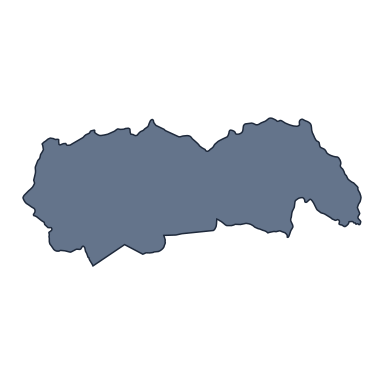 outline of Nuevo Celilac, Santa Bárbara, Honduras
{"feature_id": "27666195B84873430448704", "entity_name": "Nuevo Celilac", "entity_type": "district", "adm_level": 2, "iso_a3": "HND", "parent_name": "Honduras", "parent_adm1": "Santa Bárbara", "projection": "mercator", "projection_center": [-88.362, 14.974], "detail": "fine", "context": "isolated", "style": "filled", "palette": "slate", "viewbox_px": 384, "rotation_deg": 0, "n_neighbors": 0, "source": "geoboundaries", "source_scale": "gbopen_adm2", "svg_char_len": 5975}
<svg xmlns="http://www.w3.org/2000/svg" viewBox="0 0 384 384"><path d="M357.9,187.4L356.9,186.2L353.6,182.9L352.4,182.4L351.0,181.5L348.9,179.9L347.8,178.8L346.3,175.6L345.3,174.7L344.7,173.7L344.0,171.6L343.0,169.6L342.5,168.9L341.2,167.7L340.5,166.7L340.3,165.5L340.8,163.8L340.8,162.8L340.7,162.0L340.1,160.2L338.6,157.8L337.9,157.3L337.3,157.0L335.3,156.8L333.2,156.3L330.7,155.4L329.0,154.6L327.7,153.7L326.8,152.9L325.7,150.8L324.7,149.5L323.6,148.8L321.1,147.7L320.3,147.1L319.8,146.1L319.1,142.6L318.4,141.8L316.7,140.9L315.9,140.0L314.7,137.9L313.3,134.6L312.4,132.8L311.7,130.2L311.5,127.8L311.2,125.6L310.9,124.8L310.7,124.2L309.7,123.0L308.4,122.1L307.3,121.5L305.2,120.7L302.6,119.3L302.0,119.2L301.2,119.4L300.5,119.8L300.0,120.3L299.5,121.1L299.3,122.1L299.5,124.9L299.1,125.3L298.2,125.9L297.1,126.3L293.7,126.0L291.4,125.4L289.4,124.8L285.3,123.1L282.0,121.0L280.9,120.5L280.0,120.5L278.5,121.2L277.4,121.3L276.9,121.0L275.7,120.0L273.9,119.1L272.1,118.3L270.8,118.1L269.7,118.2L268.8,118.5L266.3,120.5L265.3,121.2L261.1,122.9L258.8,124.3L257.7,124.7L256.7,124.8L255.8,124.7L253.3,123.5L251.6,123.1L245.4,123.9L244.5,124.4L243.6,125.5L243.3,126.8L243.0,129.4L242.7,131.0L242.1,132.2L241.2,133.0L240.2,133.6L238.8,134.1L237.5,134.2L236.5,134.2L235.7,133.7L234.9,132.0L234.1,131.3L232.7,130.6L231.7,130.3L230.7,130.1L230.0,130.3L229.6,130.7L229.2,131.4L228.9,133.1L228.1,135.5L227.2,136.8L226.7,137.1L223.0,138.8L219.3,140.7L218.1,141.4L214.8,144.3L214.3,145.0L213.4,146.7L212.4,147.8L210.1,149.5L209.4,150.3L208.3,151.0L207.7,151.3L206.6,151.2L206.2,151.0L205.6,150.5L205.1,149.5L202.0,147.8L199.5,145.9L198.8,144.8L197.6,143.5L195.2,141.3L192.3,138.8L191.1,137.2L190.2,136.4L188.8,135.8L187.2,135.6L183.0,136.0L180.1,136.8L179.2,136.8L178.6,136.7L166.0,130.9L165.1,130.4L164.0,129.3L155.9,125.4L154.8,124.0L153.7,122.4L153.6,121.9L153.5,120.9L153.2,120.2L152.6,119.6L152.1,119.5L151.2,119.9L150.3,120.9L149.1,123.6L148.4,125.7L147.8,126.7L144.7,128.9L143.4,130.3L140.4,131.7L138.7,133.3L137.4,135.0L136.9,135.3L136.2,135.5L135.2,135.6L134.3,135.2L133.0,134.5L130.9,134.2L130.2,132.5L129.9,129.2L129.3,128.6L128.3,128.2L125.4,128.5L124.1,129.1L122.5,129.3L120.0,129.4L118.5,129.0L117.5,129.0L116.3,129.8L114.5,131.2L107.8,134.2L104.3,135.0L101.1,135.5L99.8,135.5L98.8,135.2L97.6,134.6L96.3,133.8L94.9,132.7L94.4,132.1L94.4,131.8L94.7,131.4L94.8,131.1L94.7,130.5L94.5,130.2L93.8,130.2L91.4,130.8L90.8,131.0L90.4,131.3L90.1,131.8L89.8,132.6L89.1,133.3L88.3,133.7L86.0,134.7L84.6,135.8L83.3,137.3L82.6,137.8L71.9,144.0L70.7,144.8L70.0,145.1L67.7,145.3L67.0,145.2L66.5,144.8L65.9,143.7L65.7,143.5L63.5,143.6L62.1,144.1L60.6,144.8L59.9,144.8L59.4,144.7L59.0,144.4L58.9,143.5L58.7,142.0L58.7,139.8L58.6,139.6L58.2,139.4L57.1,139.3L55.6,139.5L54.4,139.1L53.4,138.6L50.4,138.1L49.7,138.3L47.8,139.2L45.7,141.0L43.6,142.4L42.1,144.0L42.5,144.9L42.8,145.9L43.4,149.7L42.5,151.5L40.6,154.5L39.9,157.8L39.3,158.9L38.1,160.2L37.7,160.8L35.3,167.1L35.3,168.4L35.5,170.7L35.5,172.2L35.3,173.6L33.7,180.2L34.5,182.8L34.5,183.4L34.2,184.2L33.0,186.4L32.4,187.3L30.4,189.3L28.6,190.8L24.1,195.4L23.3,196.8L23.0,197.8L23.3,198.8L24.2,200.7L25.2,202.2L26.3,203.4L28.8,205.0L31.6,207.0L34.0,208.4L34.6,209.1L35.0,210.1L35.0,211.4L34.8,212.3L33.7,214.2L33.5,214.3L33.5,215.1L33.8,215.6L35.2,216.0L36.7,216.8L41.6,220.7L44.2,222.3L44.7,224.5L48.0,227.6L49.5,227.7L50.9,227.6L51.2,227.7L51.6,228.2L51.9,229.1L51.8,229.9L50.6,231.2L49.1,232.2L48.9,232.6L49.3,234.8L49.0,236.6L49.3,238.4L49.3,241.6L49.6,243.1L50.0,244.2L51.2,245.7L53.8,249.5L55.3,250.6L56.8,251.1L59.0,251.1L60.1,250.5L60.6,250.4L64.9,250.8L69.6,252.0L70.7,252.1L71.6,251.7L76.2,249.3L76.9,249.2L79.8,249.4L80.2,249.3L80.8,248.9L81.2,248.3L82.3,246.5L82.9,246.2L83.4,246.2L84.1,246.8L84.8,247.8L85.5,251.2L85.9,252.0L86.5,253.0L87.3,255.1L88.0,257.2L88.2,257.4L88.8,257.7L89.5,259.8L92.1,264.1L93.0,265.9L124.6,244.6L142.8,254.2L144.1,253.7L145.5,253.0L146.2,252.8L149.6,252.9L150.7,252.8L152.9,252.5L154.3,251.9L158.4,251.5L159.9,250.8L161.0,250.1L161.9,249.4L163.0,248.3L163.9,247.0L164.4,245.3L165.1,243.6L165.3,242.6L165.1,242.0L165.2,239.8L163.8,235.4L175.9,235.0L181.9,233.7L213.3,230.5L214.4,229.7L215.0,228.8L215.9,227.0L216.2,226.1L216.5,224.0L216.8,219.1L218.3,219.7L219.7,220.7L220.6,221.1L222.4,222.4L225.3,224.8L226.1,225.3L226.9,225.6L231.5,225.6L233.7,225.0L235.2,224.3L240.5,224.5L245.8,223.4L246.5,223.4L248.9,223.8L250.8,224.4L253.1,225.7L254.6,227.0L255.1,227.3L258.2,228.7L259.7,229.0L263.1,230.4L264.4,230.7L266.3,231.6L267.9,232.9L268.9,232.5L273.5,231.5L274.9,231.5L276.0,231.7L279.2,230.9L280.0,230.8L282.3,231.8L284.9,232.7L286.3,234.0L286.7,234.4L287.2,235.5L287.3,237.2L287.6,237.3L287.9,237.3L288.4,237.0L288.9,236.1L289.7,234.0L290.8,230.7L292.3,228.2L292.9,227.0L292.9,226.2L292.6,224.9L290.9,221.2L290.7,220.4L290.7,219.6L290.8,218.7L291.3,217.2L291.8,213.4L292.1,212.0L292.6,210.7L293.8,208.3L294.3,207.1L295.0,201.6L295.3,200.9L295.8,200.3L297.8,198.8L299.1,198.1L300.9,197.7L302.4,197.6L303.1,197.9L303.6,198.3L304.5,199.5L304.9,201.8L305.2,202.1L305.7,202.3L306.3,202.3L306.9,202.0L309.2,199.9L309.8,199.4L310.4,199.3L311.0,199.6L312.0,200.6L313.6,203.0L316.5,208.9L317.2,209.9L321.0,212.8L324.0,213.7L325.0,214.2L330.5,217.6L332.2,219.0L334.6,220.0L335.0,220.3L335.9,220.3L337.5,219.6L338.7,220.0L339.1,220.4L339.4,221.0L339.4,222.0L339.0,223.8L339.2,224.2L339.7,224.5L340.6,224.8L341.6,224.9L342.8,225.6L344.2,226.5L345.2,226.5L346.4,225.8L347.9,224.4L348.6,223.3L349.1,221.7L352.0,221.5L352.5,221.6L353.1,221.9L353.7,222.5L353.9,222.9L355.3,223.0L355.7,223.9L355.9,224.1L356.5,224.1L357.0,223.8L357.7,223.8L358.2,224.0L358.8,224.6L359.6,224.6L360.0,224.2L360.3,223.6L360.6,222.5L360.7,221.5L360.2,220.7L358.3,218.6L358.0,217.8L357.9,217.2L358.2,216.2L359.4,214.3L359.7,213.3L357.7,208.5L357.4,207.4L358.5,204.2L359.9,202.0L360.2,201.3L360.8,198.9L361.0,197.5L360.7,195.9L359.8,193.1L358.1,190.0L357.8,188.3L357.9,187.4Z" fill="#64748b" stroke="#1e293b" stroke-width="1.5"/></svg>